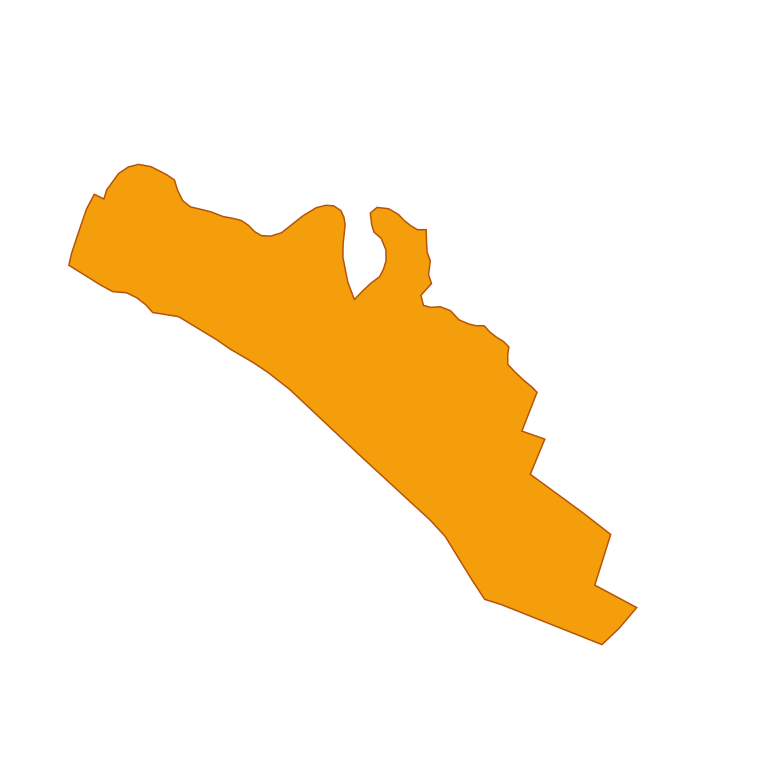 Kibra, Nairobi, Kenya, rotated 225°
{"feature_id": "3690345B3888847045998", "entity_name": "Kibra", "entity_type": "district", "adm_level": 2, "iso_a3": "KEN", "parent_name": "Kenya", "parent_adm1": "Nairobi", "projection": "natural_earth1", "projection_center": [36.794, -1.304], "detail": "fine", "context": "isolated", "style": "filled", "palette": "amber", "viewbox_px": 768, "rotation_deg": 225, "n_neighbors": 0, "source": "geoboundaries", "source_scale": "gbopen_adm2", "svg_char_len": 1462}
<svg xmlns="http://www.w3.org/2000/svg" viewBox="0 0 768 768"><g transform="rotate(225 384 384)"><path d="M45.6,353.8L45.0,377.6L47.2,404.6L92.7,390.8L117.3,437.9L151.2,433.7L216.7,423.6L231.3,458.7L253.2,448.2L269.9,486.3L276.8,486.5L287.9,485.4L300.8,485.1L310.4,485.4L317.3,492.3L321.9,498.5L329.2,498.6L337.7,496.6L345.8,495.6L354.4,496.0L360.5,490.0L366.8,486.2L376.4,482.4L389.0,482.8L399.0,478.3L405.0,471.3L411.7,467.5L420.6,472.8L421.4,488.6L429.9,492.9L438.4,503.9L446.8,507.7L455.3,515.4L463.3,522.9L469.4,516.8L477.1,514.8L485.8,513.9L493.7,514.1L504.7,511.2L513.8,503.9L514.5,495.1L505.1,487.8L498.4,484.3L489.0,485.0L477.5,480.2L469.6,472.5L465.4,464.5L463.0,456.8L464.6,445.6L464.9,433.5L464.7,422.8L481.6,430.4L502.5,444.4L511.5,453.6L523.9,468.9L530.1,473.5L537.1,476.1L545.6,474.4L551.5,469.2L556.6,460.7L560.3,445.4L563.4,418.5L568.7,408.4L575.5,402.3L582.9,400.3L592.2,400.3L600.6,398.7L608.3,394.1L616.2,388.6L628.0,383.4L636.2,378.5L646.1,372.4L655.9,371.3L666.7,374.9L676.5,380.1L686.1,378.2L702.5,372.9L712.9,365.7L718.3,356.6L720.5,345.2L717.4,325.3L712.9,316.8L723.0,313.3L718.1,297.4L709.5,279.8L704.5,269.7L697.0,254.9L690.8,245.1L653.1,253.9L641.1,257.5L630.5,266.5L620.0,270.1L608.6,271.6L598.1,271.0L576.8,286.4L534.4,296.8L516.7,300.1L491.9,306.6L474.5,310.1L446.5,313.5L352.1,316.4L278.4,319.4L255.7,320.4L233.0,319.5L183.5,307.7L160.5,302.9L145.2,310.9L45.6,353.8Z" fill="#f59e0b" stroke="#b45309" stroke-width="1.5"/></g></svg>